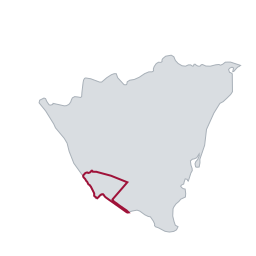 location of Rivas within Nicaragua, rotated 15°
{"feature_id": "NIC-24", "entity_name": "Rivas", "entity_type": "Department", "adm_level": 1, "iso_a3": "NIC", "parent_name": "Nicaragua", "parent_adm1": "", "projection": "albers", "projection_center": [-85.754, 11.311], "detail": "fine", "context": "in_parent", "style": "outline", "palette": "rose", "viewbox_px": 256, "rotation_deg": 15, "n_neighbors": 0, "source": "natural_earth", "source_scale": "10m", "svg_char_len": 2949}
<svg xmlns="http://www.w3.org/2000/svg" viewBox="0 0 256 256"><g transform="rotate(15 128 128)"><path d="M220.5,38.4L219.3,39.9L218.1,40.9L215.5,46.0L214.6,46.5L214.4,42.7L212.8,42.3L211.0,43.6L210.0,45.5L211.7,48.0L213.0,48.0L214.7,48.7L219.5,65.9L218.5,69.0L215.7,73.8L213.1,77.9L210.4,80.4L207.1,91.3L204.2,109.0L206.5,124.9L205.5,139.5L206.5,143.0L206.8,147.3L204.6,148.1L203.4,148.0L202.0,145.3L202.2,143.0L203.5,140.3L204.0,136.6L203.4,134.6L202.1,138.9L199.8,140.8L198.3,141.4L196.8,143.6L198.4,147.6L200.4,150.5L201.1,152.6L200.4,155.1L200.0,163.7L199.3,163.5L198.5,162.3L196.4,162.3L196.2,165.7L196.3,167.7L194.5,169.2L193.9,170.6L195.4,171.7L197.0,172.3L199.0,172.2L200.7,176.4L201.3,179.8L197.4,183.1L196.2,185.7L194.0,188.9L192.8,192.1L192.4,194.3L194.0,201.5L196.7,206.5L198.9,209.7L201.9,210.4L201.2,213.8L199.0,216.0L194.9,217.8L190.5,218.2L183.1,216.5L180.1,216.3L178.9,215.4L178.6,213.8L176.5,211.3L172.6,208.0L170.4,208.2L166.8,207.5L160.8,205.2L158.0,205.0L154.0,206.9L149.4,209.5L138.2,205.5L130.4,202.7L123.3,200.2L121.4,199.2L119.9,199.5L118.5,200.8L117.0,203.1L116.5,203.8L115.7,204.5L114.8,204.6L114.7,203.5L111.3,198.9L105.8,193.3L84.8,176.1L77.2,165.8L73.1,158.4L69.1,154.5L57.9,146.6L55.3,143.4L44.1,132.9L35.6,126.7L35.5,124.0L39.1,120.8L40.8,121.0L42.6,123.3L45.7,126.0L47.1,126.0L49.2,124.8L49.2,123.6L60.7,123.1L62.7,122.4L64.8,120.5L65.9,117.8L66.1,115.2L66.5,113.3L68.4,111.5L71.7,111.0L74.3,110.8L75.1,109.6L74.3,105.6L72.9,96.0L72.7,93.3L73.2,91.3L74.2,90.6L79.3,90.1L88.8,91.0L90.7,90.4L94.5,84.9L98.1,80.9L100.6,79.1L102.6,78.6L105.0,82.1L113.0,87.2L114.4,86.9L115.2,86.6L115.5,85.9L115.3,83.6L117.3,81.4L121.5,79.5L125.7,76.1L130.0,71.2L133.6,68.4L136.7,67.5L137.9,66.2L137.2,64.4L137.4,61.8L138.6,58.5L140.4,56.6L142.8,56.1L143.7,55.0L143.2,53.5L143.7,51.8L145.8,48.9L150.9,46.5L153.8,47.3L156.3,50.5L159.7,52.7L164.1,53.9L167.6,53.4L170.0,51.4L172.2,50.8L174.2,51.6L175.2,51.1L175.3,49.4L176.3,49.0L178.2,49.9L179.9,50.1L181.4,49.7L182.0,48.9L182.3,48.0L183.4,47.4L187.2,48.0L191.5,47.0L196.3,44.3L199.4,43.1L201.0,43.4L202.8,42.1L205.0,39.2L209.9,37.8L220.5,38.4Z" fill="#d9dde1" stroke="#a8b0b8" stroke-width="1"/><path d="M135.8,205.0L134.3,204.4L128.7,202.4L124.5,200.8L123.2,200.1L122.0,199.0L120.9,198.4L119.5,199.0L118.3,200.5L117.5,202.2L116.5,203.8L114.5,203.0L113.7,202.8L113.1,202.5L112.7,201.8L112.4,200.2L111.6,199.1L107.2,194.1L106.8,193.9L106.6,193.8L106.0,193.3L105.9,193.1L104.4,192.7L103.8,192.1L102.4,190.4L101.3,189.9L99.9,188.4L98.1,187.3L97.5,186.8L97.3,186.4L97.0,185.3L98.2,183.1L98.4,182.6L98.6,182.4L100.0,181.5L101.0,181.7L101.3,181.7L102.6,180.9L103.2,180.1L103.8,178.7L104.0,178.6L104.3,178.5L104.5,178.6L104.8,178.8L105.2,179.3L105.4,179.3L107.2,178.9L108.6,178.5L123.9,178.5L141.4,180.6L131.5,201.0L133.2,202.6L136.9,203.9L138.9,204.8L144.5,206.8L148.0,208.0L150.4,209.4L149.4,209.8L148.5,209.7L141.8,207.2L135.8,205.0Z" fill="none" stroke="#9f1239" stroke-width="2"/></g></svg>